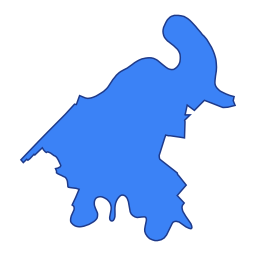 Kien An, Hải Phòng, Vietnam (Robinson projection)
{"feature_id": "81297802B17638458778811", "entity_name": "Kien An", "entity_type": "district", "adm_level": 2, "iso_a3": "VNM", "parent_name": "Vietnam", "parent_adm1": "Hải Phòng", "projection": "robinson", "projection_center": [106.638, 20.806], "detail": "fine", "context": "isolated", "style": "filled", "palette": "blue", "viewbox_px": 256, "rotation_deg": 0, "n_neighbors": 0, "source": "geoboundaries", "source_scale": "gbopen_adm2", "svg_char_len": 3777}
<svg xmlns="http://www.w3.org/2000/svg" viewBox="0 0 256 256"><path d="M79.6,95.6L78.5,98.6L76.4,104.5L74.5,104.2L65.2,114.4L47.7,132.0L39.7,140.2L39.0,140.9L20.9,159.8L23.3,162.6L26.7,159.3L27.9,160.2L29.9,158.7L34.0,154.3L34.8,155.0L42.3,147.8L43.5,149.8L45.2,151.7L46.3,152.5L47.4,151.9L48.2,152.0L50.5,153.0L53.9,155.5L55.6,156.3L56.8,157.5L58.2,159.8L59.5,162.5L59.6,162.8L60.4,164.4L60.8,165.7L60.2,166.8L57.8,168.1L55.5,168.6L56.5,171.0L56.5,172.8L57.6,173.6L58.1,173.9L58.3,174.0L59.8,174.7L61.4,175.4L63.3,176.4L65.1,177.2L65.8,177.8L66.1,178.5L66.4,178.8L67.0,180.0L67.4,181.4L67.6,183.2L67.8,185.1L67.9,186.6L68.3,187.2L70.4,187.6L73.5,188.0L76.1,188.3L79.1,189.3L76.8,194.8L75.6,197.6L72.1,205.0L73.5,206.0L73.9,206.6L74.1,207.5L74.2,208.4L74.0,209.9L71.3,215.9L70.7,218.4L70.6,219.5L70.6,220.6L70.7,221.5L71.2,222.6L73.1,224.6L74.2,225.3L75.1,225.9L76.6,226.4L78.2,226.7L79.8,226.8L81.6,226.6L83.8,226.2L88.9,224.4L92.8,222.2L94.0,221.4L95.3,220.3L96.3,219.2L97.0,218.2L97.3,217.2L97.5,216.2L97.6,214.5L97.5,213.4L97.3,212.6L95.4,208.3L94.5,205.7L94.3,204.3L94.3,202.2L94.6,200.6L95.3,199.1L96.1,198.1L97.2,197.4L98.9,196.8L100.8,196.7L102.4,197.0L104.7,198.0L107.0,199.4L108.4,200.8L109.6,202.3L110.4,203.9L111.0,206.0L111.2,207.6L111.1,209.7L109.7,217.2L109.7,218.4L109.9,219.5L110.4,220.3L111.2,220.9L112.4,220.9L113.3,220.4L114.3,218.8L114.9,216.7L115.0,214.4L114.9,208.4L115.1,205.8L115.6,203.2L116.5,200.8L117.7,198.6L119.1,196.9L120.5,195.6L121.7,195.1L123.2,195.1L124.6,195.6L125.7,196.4L127.2,198.3L128.4,201.6L130.2,211.8L131.2,213.9L132.7,215.5L135.0,216.9L137.2,217.5L141.6,217.0L144.4,216.8L145.6,217.2L146.2,218.2L146.4,219.5L146.3,220.9L145.2,226.1L144.7,229.3L144.8,231.4L145.6,233.8L147.3,236.4L149.6,238.6L152.3,239.8L155.0,240.6L157.3,240.6L161.2,239.7L164.2,237.9L166.6,234.9L171.6,224.6L172.3,223.2L173.1,222.2L173.7,221.9L174.2,221.6L175.3,221.4L176.1,221.3L179.1,222.0L186.0,226.9L189.1,228.3L190.7,228.7L191.5,228.5L191.9,227.5L191.7,226.0L190.8,223.6L185.7,216.2L182.8,211.3L182.2,209.0L182.0,207.1L182.4,205.4L184.2,203.0L177.2,195.5L186.2,185.1L178.7,175.7L177.7,174.6L177.4,173.7L177.3,173.0L176.9,172.7L175.3,171.4L160.9,160.1L159.8,159.2L159.4,158.0L159.3,157.0L159.2,156.1L159.2,155.3L160.5,151.3L164.6,138.2L165.7,135.1L168.8,135.8L169.9,135.7L179.5,137.1L184.5,137.9L185.0,121.7L184.6,120.5L184.7,120.2L190.1,114.9L185.3,114.9L185.1,114.8L187.2,105.1L194.4,110.4L201.1,103.6L204.4,100.3L213.7,103.9L222.6,107.4L223.5,107.5L227.9,107.2L235.1,105.4L233.2,100.7L234.1,96.6L229.7,95.4L225.9,93.9L223.2,92.6L220.4,91.2L218.6,89.7L216.7,87.7L215.7,86.1L215.1,84.4L214.9,82.8L215.0,80.5L215.5,76.0L216.3,70.9L216.4,69.0L216.5,67.2L216.3,63.6L216.0,60.5L215.6,58.4L215.0,56.2L214.3,53.9L213.2,51.0L211.5,47.3L210.0,44.8L206.9,39.6L205.7,38.1L203.9,36.0L202.4,34.7L201.2,33.1L200.5,32.2L197.4,28.6L195.7,26.5L193.4,24.0L191.6,22.1L190.0,20.5L188.7,19.4L188.1,18.9L187.2,18.3L184.1,16.5L181.1,15.8L178.2,15.4L175.9,15.4L174.3,15.4L172.5,16.0L171.5,16.3L170.0,17.2L168.7,18.5L167.5,19.7L166.5,21.3L165.5,23.2L164.7,25.0L163.6,27.4L163.1,29.8L163.0,31.6L163.2,33.4L163.7,35.5L164.5,37.3L165.7,38.9L167.4,40.8L173.6,45.6L177.5,49.3L178.7,51.1L179.5,52.8L180.0,54.2L180.2,55.8L180.3,57.8L180.2,59.5L180.0,61.4L179.5,63.1L178.7,64.8L177.3,66.7L175.5,68.3L173.7,69.4L171.8,69.6L169.9,69.3L168.1,68.7L165.7,67.1L161.1,63.4L157.4,60.3L155.8,59.4L153.6,58.4L151.4,57.9L149.6,57.8L149.1,57.8L147.5,57.9L145.1,58.2L144.9,58.3L142.0,58.9L139.3,60.0L137.4,61.0L134.6,62.7L132.1,64.6L127.2,68.1L123.5,70.0L120.8,71.5L119.1,72.7L116.4,75.2L115.0,77.0L112.8,79.7L108.1,86.9L106.7,88.6L103.5,91.5L101.0,93.1L98.4,94.7L96.0,96.1L93.3,97.2L91.2,97.9L90.6,98.0L89.4,98.2L87.7,98.4L85.5,98.0L79.6,95.6Z" fill="#3b82f6" stroke="#1e3a8a" stroke-width="1.5"/></svg>